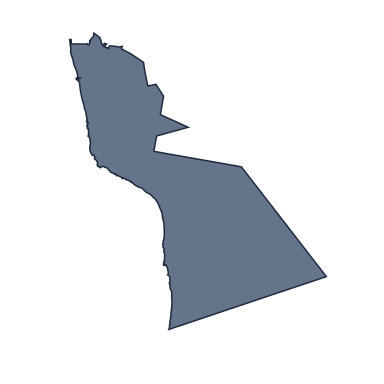 outline of Playas de Rosarito, Baja California, Mexico, rotated 10°
{"feature_id": "50627088B91471061308984", "entity_name": "Playas de Rosarito", "entity_type": "district", "adm_level": 2, "iso_a3": "MEX", "parent_name": "Mexico", "parent_adm1": "Baja California", "projection": "orthographic", "projection_center": [-116.976, 32.258], "detail": "fine", "context": "isolated", "style": "filled", "palette": "slate", "viewbox_px": 384, "rotation_deg": 10, "n_neighbors": 0, "source": "geoboundaries", "source_scale": "gbopen_adm2", "svg_char_len": 5537}
<svg xmlns="http://www.w3.org/2000/svg" viewBox="0 0 384 384"><g transform="rotate(10 192 192)"><path d="M339.0,252.0L236.2,158.6L147.4,158.6L147.4,143.0L177.0,128.9L147.4,121.3L147.4,102.6L137.8,92.2L130.0,95.3L123.8,79.1L121.8,72.8L116.4,70.3L110.2,67.7L109.6,67.4L109.1,67.0L101.4,64.5L97.7,63.1L98.0,60.7L94.6,62.1L93.4,61.8L93.2,61.7L85.3,62.4L85.0,64.6L85.2,65.1L84.3,65.1L83.6,65.1L83.3,64.9L83.4,64.6L83.2,64.6L82.7,64.4L81.1,64.3L80.2,64.2L82.2,61.0L80.4,60.9L80.1,60.8L78.8,62.7L78.8,62.8L79.0,62.8L78.8,63.1L76.7,61.2L77.0,60.8L76.6,60.5L76.6,60.3L76.6,59.9L74.9,56.8L74.7,56.6L74.6,56.0L67.9,52.6L67.9,55.7L66.0,58.8L65.9,59.7L65.1,60.4L65.3,60.7L65.1,60.9L65.2,61.0L65.1,62.0L65.4,62.1L65.3,63.9L65.3,64.5L64.1,64.9L63.3,64.1L62.6,64.5L60.7,64.9L47.5,67.1L46.5,62.9L45.0,63.1L45.4,64.4L45.7,65.3L46.6,68.3L47.7,71.7L47.9,72.4L47.9,73.9L48.8,77.0L49.7,78.6L51.4,81.8L51.8,82.4L52.7,84.8L53.0,85.2L53.1,86.0L53.8,87.2L54.0,87.7L54.4,88.4L54.8,89.1L55.5,90.0L55.8,90.3L56.6,91.8L57.2,92.8L58.1,94.6L58.7,96.2L59.2,97.1L59.3,97.4L59.6,99.2L59.5,99.5L59.2,99.6L58.7,99.7L58.4,99.8L58.2,100.3L58.1,100.5L58.4,101.0L59.1,101.4L59.2,101.2L58.5,100.7L58.4,100.5L58.4,100.3L58.5,100.1L58.9,100.0L60.5,99.6L62.0,99.1L62.1,99.5L58.8,100.3L58.9,100.5L59.3,100.4L59.6,100.5L60.3,100.9L60.5,101.2L60.5,101.4L60.3,101.7L60.1,101.8L59.6,101.5L60.5,102.3L61.4,102.4L61.5,102.5L61.7,103.3L61.6,103.5L61.3,103.6L61.9,103.5L61.7,102.8L61.9,103.3L62.2,103.5L62.4,104.2L62.4,104.8L62.8,105.7L62.9,106.5L63.4,107.7L63.6,108.6L64.3,111.1L64.5,111.4L65.3,113.7L66.1,115.7L66.3,116.0L66.5,116.6L67.3,118.6L68.2,120.5L68.6,121.7L69.6,123.4L69.9,124.2L70.4,125.1L70.9,126.2L71.2,127.3L71.6,128.0L71.7,128.6L72.2,129.5L72.8,130.3L73.5,131.9L73.7,132.2L74.0,133.0L74.4,134.6L74.8,135.5L75.1,136.2L75.5,137.3L76.1,138.1L76.1,138.6L75.9,138.7L75.9,138.8L75.9,139.1L76.0,139.0L76.3,139.4L76.3,139.6L76.1,140.1L76.1,140.3L76.0,140.5L75.9,141.0L76.5,141.0L77.1,141.6L76.9,141.7L76.9,142.0L77.0,142.3L77.3,142.6L77.5,142.7L77.4,143.1L77.5,143.1L77.4,143.2L77.5,143.3L77.4,143.5L77.4,143.9L77.3,144.2L77.1,144.2L77.1,144.5L77.2,144.8L77.0,145.0L76.9,145.1L77.1,145.4L77.5,145.4L77.6,145.5L77.8,145.8L77.9,146.2L77.8,146.4L77.7,146.7L77.9,146.9L77.7,147.2L77.8,147.5L78.0,147.7L78.4,147.7L78.7,147.5L78.9,147.9L78.9,148.2L78.9,148.3L79.2,148.5L79.2,149.0L79.4,149.2L79.4,149.4L79.4,149.6L79.7,150.9L80.3,152.9L80.2,153.4L79.9,153.4L79.9,153.5L80.0,153.7L80.0,154.2L80.5,154.7L80.5,154.9L80.3,155.3L81.0,155.4L81.1,155.6L81.4,155.6L81.7,156.1L81.8,156.3L81.7,156.6L82.1,157.2L82.0,157.5L82.8,158.4L82.9,158.7L82.7,159.1L82.7,159.3L82.9,159.5L83.1,159.9L83.2,160.4L83.1,160.8L83.2,161.1L83.8,162.0L83.8,162.3L83.6,163.1L83.4,163.7L83.4,163.9L83.5,164.3L83.8,164.7L83.6,165.2L83.6,166.6L84.0,167.5L84.4,168.1L84.4,169.1L85.3,170.7L87.0,172.6L87.1,173.1L87.4,173.3L87.7,173.1L87.5,172.7L88.0,172.4L88.8,172.6L90.1,174.0L90.0,174.6L89.9,174.9L90.3,175.5L90.3,176.4L90.8,176.8L91.4,176.8L92.6,177.7L94.0,179.8L93.9,181.8L94.4,182.4L94.8,183.1L95.2,183.2L95.5,182.9L95.9,182.9L96.5,183.5L97.2,183.9L97.4,184.0L97.7,183.5L98.0,183.2L98.7,182.9L99.6,182.3L101.3,182.4L102.1,182.9L103.9,183.0L104.8,183.3L106.4,185.0L107.8,185.6L108.1,186.4L108.6,186.8L109.2,186.9L109.6,186.9L109.9,186.7L110.4,186.8L111.1,187.1L111.4,187.4L112.4,187.8L112.6,188.0L112.8,187.9L113.0,187.6L113.5,187.7L114.1,188.0L114.3,188.3L115.0,188.7L114.9,189.0L115.3,189.0L115.9,188.6L117.9,189.2L118.3,189.2L120.1,189.9L120.5,190.4L120.6,190.7L121.1,190.9L121.9,190.1L122.6,190.2L123.4,190.7L123.9,190.9L125.8,191.4L126.8,191.4L127.7,191.6L129.0,192.1L129.6,192.8L130.5,192.6L131.0,192.8L131.4,193.2L131.6,193.5L132.6,193.8L134.2,195.0L135.0,195.2L135.5,195.5L136.6,195.6L138.2,196.5L138.6,196.4L139.2,196.4L139.5,196.6L139.9,196.6L141.0,196.8L141.5,196.8L142.1,196.9L142.9,197.4L144.3,198.5L146.8,200.0L147.9,200.6L148.4,200.5L149.1,200.7L151.8,201.9L153.6,203.1L153.9,203.5L155.3,204.2L156.3,204.7L157.5,206.0L158.2,206.4L159.6,208.0L161.2,210.2L161.7,211.1L164.5,215.3L165.5,217.0L166.1,218.2L167.4,222.1L167.9,223.5L168.1,223.7L168.8,225.3L169.4,227.1L169.8,227.9L170.1,229.6L170.3,230.1L170.8,231.8L171.4,234.7L171.7,237.0L172.0,237.8L172.5,241.9L172.5,243.6L172.2,244.7L172.3,245.6L172.5,246.2L172.2,247.6L172.2,248.4L172.6,249.5L173.1,250.6L173.1,251.3L173.1,251.7L173.7,251.8L174.0,252.6L174.6,252.9L174.9,253.2L174.7,254.2L174.5,254.7L174.5,255.2L174.6,255.8L175.3,256.9L176.2,259.3L176.1,260.0L176.3,261.3L176.5,262.0L176.8,264.2L176.5,264.8L176.7,265.0L176.9,265.3L176.6,266.0L176.3,266.1L176.4,266.3L176.6,266.3L176.9,267.6L176.7,267.9L176.4,268.0L176.5,268.2L176.8,268.6L176.7,268.8L176.7,269.0L176.8,269.2L177.1,269.0L177.3,268.6L177.7,268.4L178.2,268.4L178.1,268.8L178.3,268.9L178.4,268.5L178.6,268.5L179.0,268.5L179.5,268.9L180.0,269.6L181.5,272.4L181.9,273.4L182.1,274.1L182.6,275.2L182.7,275.6L182.7,276.8L182.8,277.2L182.8,277.4L182.4,277.9L183.1,278.1L184.8,279.2L185.1,280.1L185.3,281.5L185.5,282.2L185.7,283.1L185.6,284.0L185.8,284.5L185.7,284.9L185.6,285.3L185.4,285.7L185.6,286.0L186.3,287.0L186.5,287.5L186.5,288.0L186.7,289.0L187.2,289.6L187.2,290.2L187.3,290.8L187.5,291.3L188.4,292.4L189.3,293.9L189.7,295.7L189.9,296.2L190.0,297.0L190.1,298.2L190.7,300.7L191.0,302.4L191.4,303.5L191.6,304.7L191.9,308.2L192.1,309.1L192.0,309.6L192.1,310.3L192.2,310.8L192.2,311.7L192.4,312.7L192.1,313.4L192.6,315.8L192.6,316.9L192.8,320.2L192.8,323.0L193.0,325.1L193.0,326.6L193.3,329.7L193.0,331.4L272.7,288.0L339.0,252.0Z" fill="#64748b" stroke="#1e293b" stroke-width="1.5"/></g></svg>